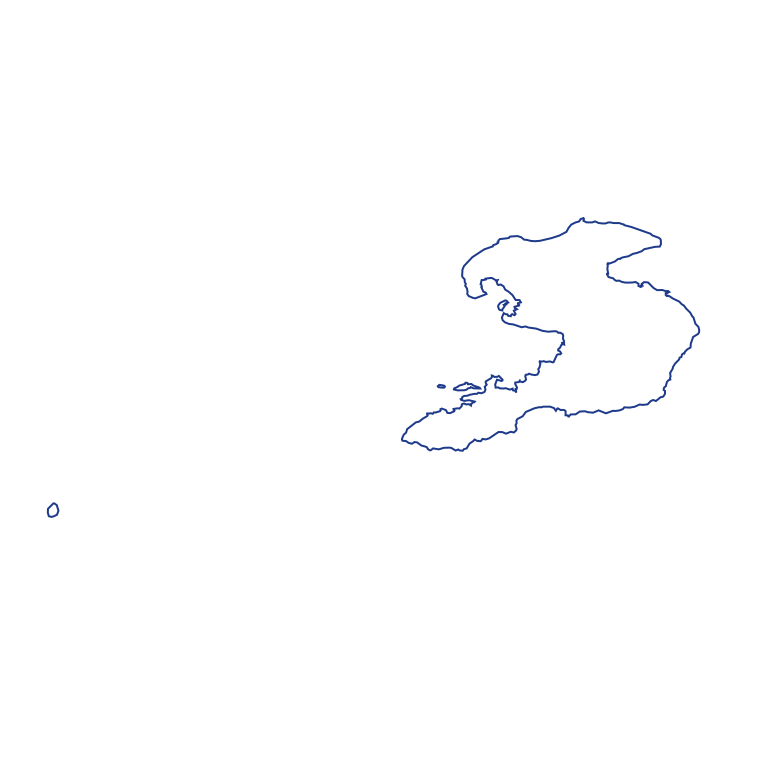 Kota Sabang, Aceh, Indonesia (Robinson projection), rotated 286°
{"feature_id": "22746128B78398648082643", "entity_name": "Kota Sabang", "entity_type": "district", "adm_level": 2, "iso_a3": "IDN", "parent_name": "Indonesia", "parent_adm1": "Aceh", "projection": "robinson", "projection_center": [95.289, 5.924], "detail": "fine", "context": "isolated", "style": "outline", "palette": "blue", "viewbox_px": 768, "rotation_deg": 286, "n_neighbors": 0, "source": "geoboundaries", "source_scale": "gbopen_adm2", "svg_char_len": 6166}
<svg xmlns="http://www.w3.org/2000/svg" viewBox="0 0 768 768"><g transform="rotate(286 384 384)"><path d="M476.5,500.6L478.3,504.2L478.1,507.3L479.2,515.0L478.8,521.8L479.5,527.3L482.0,534.1L482.0,536.1L481.2,537.5L481.9,539.1L481.3,541.9L480.0,542.9L476.7,543.6L475.3,545.0L473.4,545.7L472.3,545.5L472.3,544.5L472.8,544.2L472.5,543.8L471.9,544.2L472.0,546.1L471.6,546.3L471.7,545.0L470.4,543.7L467.4,543.2L465.5,541.9L464.2,542.2L463.8,544.3L462.3,545.9L461.2,545.3L460.4,542.9L459.6,542.2L451.8,541.0L451.3,540.3L451.4,537.3L449.8,533.4L450.0,531.3L449.0,529.5L448.8,527.5L448.0,527.5L446.7,528.7L442.8,528.9L440.9,528.2L438.4,529.6L435.4,528.9L434.2,526.8L433.7,523.2L433.9,520.6L432.8,519.7L431.9,517.7L430.5,517.6L427.5,519.3L426.1,518.9L424.0,516.9L423.9,513.7L424.9,513.4L424.7,512.8L424.8,513.3L423.8,513.6L423.1,513.2L421.6,509.8L420.3,510.0L417.3,512.8L415.9,512.9L415.5,511.9L412.2,513.6L413.6,512.1L413.5,509.7L415.0,508.9L413.3,506.6L413.5,502.2L412.5,499.8L411.7,496.3L412.2,494.8L411.3,492.3L414.2,491.0L419.3,491.4L419.3,496.2L420.0,496.9L420.8,496.8L423.4,492.2L422.3,491.2L421.2,488.2L421.9,486.5L421.9,485.3L420.6,485.8L419.2,485.4L414.5,481.1L413.2,481.4L411.7,482.9L409.1,481.6L406.5,483.1L404.1,482.8L402.0,480.3L401.6,477.1L400.1,476.0L399.4,473.5L397.1,469.1L395.9,467.7L394.5,464.2L392.9,462.8L391.4,463.0L390.6,461.9L390.0,462.4L389.9,465.8L391.8,470.0L392.1,476.1L391.2,475.7L390.8,474.3L389.1,473.7L388.7,473.1L387.3,473.5L388.0,471.1L387.0,468.5L387.3,466.5L386.5,464.9L385.8,464.4L384.2,464.8L381.2,463.3L380.9,461.4L379.2,457.7L378.1,458.2L377.8,459.1L377.1,459.0L374.2,455.5L373.7,452.9L376.0,450.7L376.3,446.3L375.4,445.2L374.2,445.7L373.4,445.4L370.8,441.5L370.5,439.8L368.8,439.1L368.8,436.9L368.0,435.6L367.7,433.6L367.2,433.5L365.9,434.6L365.1,434.4L361.3,430.8L357.6,428.2L355.9,425.2L347.0,418.7L343.3,418.6L340.6,416.9L336.8,416.4L335.4,416.6L334.6,417.4L335.2,421.0L334.2,423.8L334.3,427.4L336.6,429.3L337.0,432.0L335.2,436.8L335.2,442.3L333.4,444.4L332.9,446.5L333.2,447.2L335.6,448.9L336.3,454.7L339.2,459.2L340.9,464.6L341.1,466.3L339.8,471.2L341.5,473.4L341.0,474.7L341.5,478.0L343.3,478.7L344.9,481.2L350.2,482.6L353.6,485.4L355.6,486.4L355.0,489.3L355.7,492.8L358.4,493.9L358.7,496.9L360.7,500.0L369.4,507.3L370.4,510.9L369.9,515.0L373.0,519.0L373.2,522.2L375.8,523.8L377.3,523.9L380.8,521.8L382.9,522.3L385.3,521.4L387.0,521.8L391.2,526.2L396.2,528.0L402.2,535.4L404.5,539.6L405.0,541.8L406.1,543.2L408.0,550.0L407.7,554.0L405.6,556.6L408.2,557.3L408.5,557.8L407.7,560.9L408.6,563.8L408.5,565.1L407.9,566.1L404.0,567.1L404.5,569.3L403.6,570.1L403.6,570.6L406.2,571.8L407.7,576.6L411.5,579.8L413.2,584.7L413.1,587.6L414.0,592.8L417.8,597.6L417.0,605.4L421.3,611.4L421.9,614.0L423.5,617.6L425.8,620.6L427.8,621.4L429.0,626.6L431.2,631.2L434.7,635.3L435.3,638.7L437.1,643.0L441.1,645.1L442.8,647.1L442.6,650.1L447.5,653.5L448.5,655.5L449.4,656.1L452.0,656.8L454.3,656.2L454.9,655.9L455.3,654.5L456.6,654.2L458.2,654.4L459.5,655.5L463.9,655.4L466.0,656.4L467.2,658.0L468.2,657.3L470.1,657.4L473.5,656.0L478.3,657.3L479.9,657.1L483.9,658.2L488.9,660.9L490.8,660.9L491.9,662.4L494.5,662.3L496.0,663.4L496.0,664.2L498.2,664.5L500.9,666.0L503.6,668.6L507.3,667.8L514.4,668.2L518.8,672.2L520.6,672.6L522.6,672.2L525.5,670.6L527.8,666.7L533.3,663.1L534.0,661.7L537.0,658.7L539.7,653.8L542.2,650.4L542.6,648.5L544.6,645.1L545.8,638.2L547.0,634.4L547.1,632.8L546.5,631.8L547.2,630.3L548.9,629.8L549.3,631.3L549.9,631.1L551.1,632.8L551.7,631.4L550.9,629.3L551.1,625.7L549.5,620.7L550.6,616.6L554.4,609.9L553.6,605.9L551.3,604.2L549.9,605.3L549.6,603.9L548.9,603.6L548.4,604.4L548.0,603.9L548.4,601.6L550.5,601.0L551.4,597.7L549.9,594.5L548.0,588.1L547.7,584.4L548.2,581.4L547.2,579.0L547.6,577.1L548.7,575.3L548.7,570.4L550.9,568.1L551.4,568.0L551.8,569.1L556.2,567.0L560.7,566.2L560.9,565.7L562.0,566.1L561.8,567.3L565.3,572.1L568.8,574.6L569.4,576.7L570.1,576.8L571.5,578.6L574.2,583.8L577.8,587.5L579.6,590.9L582.7,595.1L585.3,597.0L590.6,606.8L592.1,611.2L594.7,611.7L598.7,610.4L599.7,609.4L600.3,607.7L600.8,601.0L601.9,598.8L603.1,578.4L602.9,571.2L603.4,570.7L603.5,565.5L602.0,560.5L601.7,556.9L601.0,554.9L599.5,552.9L598.6,550.1L597.9,545.9L598.5,542.1L596.7,539.6L595.2,534.1L595.9,530.7L597.9,530.7L598.5,530.0L596.8,527.6L594.0,526.7L592.1,523.6L588.9,520.1L585.2,518.5L580.5,517.4L574.9,511.5L570.4,504.8L564.7,494.6L562.9,489.9L562.0,485.6L561.9,481.6L561.4,478.8L562.9,475.3L563.0,471.6L560.7,465.1L560.1,464.2L559.1,464.0L558.2,462.6L555.2,455.4L553.4,454.4L552.2,454.8L551.6,454.2L551.1,454.7L549.4,453.3L547.5,450.7L546.3,450.7L541.1,443.3L530.3,434.0L519.5,428.4L515.6,427.9L509.5,429.3L508.4,430.0L506.8,432.7L504.3,433.5L502.7,435.1L500.9,434.9L498.7,437.4L495.9,438.8L493.5,439.2L491.9,441.2L491.3,445.9L491.5,448.1L498.7,457.7L499.9,456.6L500.1,454.1L503.9,450.9L504.4,451.3L506.6,450.0L506.6,449.4L510.8,449.2L511.5,451.3L512.5,453.0L513.2,452.5L515.4,457.4L515.6,458.9L514.5,463.1L515.2,464.6L514.2,464.4L513.7,463.7L510.8,465.9L510.7,466.8L511.8,468.7L510.9,471.9L508.1,474.6L507.1,478.3L504.8,483.1L501.1,487.3L502.0,491.2L500.2,493.1L498.6,490.5L497.8,490.7L497.2,492.2L496.7,492.3L494.2,488.2L493.1,488.7L492.5,491.1L490.3,488.6L487.5,491.2L486.9,491.0L486.1,490.3L486.5,487.9L485.4,487.2L484.1,487.2L483.8,484.5L485.0,483.5L484.6,481.9L485.1,479.6L480.3,479.0L477.9,480.6L476.6,483.4L476.2,487.7L476.9,491.8L476.5,500.6ZM172.4,106.0L177.3,102.9L178.3,100.3L178.1,99.1L171.4,95.4L167.7,96.3L164.6,98.2L164.5,100.8L165.7,102.9L168.2,105.7L172.4,106.0ZM406.4,461.8L403.2,456.8L401.5,455.5L399.1,452.7L398.0,452.7L398.2,456.7L400.2,463.1L401.3,464.9L402.8,465.8L404.0,467.9L404.9,468.3L404.5,471.2L406.2,477.7L406.8,477.0L407.2,470.2L408.1,468.0L406.9,464.7L408.0,464.0L407.9,462.7L407.6,461.9L406.4,461.8ZM491.4,472.3L489.9,472.3L487.7,473.8L487.1,474.9L487.3,477.5L488.4,477.2L491.9,478.5L493.0,477.4L493.4,478.5L494.6,478.3L495.1,478.8L494.4,478.9L494.4,479.8L495.7,479.9L496.5,480.9L497.9,478.7L497.7,477.4L494.1,473.4L491.4,472.3ZM398.1,443.3L398.7,442.9L399.0,441.8L398.4,437.4L396.7,436.3L396.0,437.1L396.2,439.2L397.0,442.7L398.1,443.3Z" fill="none" stroke="#1e3a8a" stroke-width="2"/></g></svg>